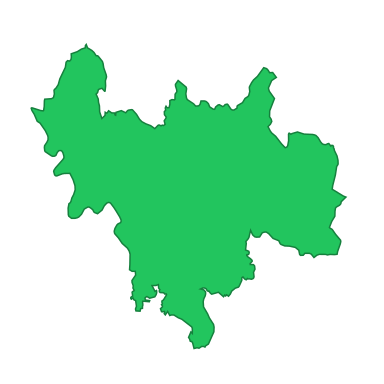 outline of Thai Nguyen, Thái Nguyên, Vietnam, rotated 175°
{"feature_id": "81297802B43105107768719", "entity_name": "Thai Nguyen", "entity_type": "district", "adm_level": 2, "iso_a3": "VNM", "parent_name": "Vietnam", "parent_adm1": "Thái Nguyên", "projection": "equal_earth", "projection_center": [105.819, 21.567], "detail": "fine", "context": "isolated", "style": "filled", "palette": "green", "viewbox_px": 384, "rotation_deg": 175, "n_neighbors": 0, "source": "geoboundaries", "source_scale": "gbopen_adm2", "svg_char_len": 5977}
<svg xmlns="http://www.w3.org/2000/svg" viewBox="0 0 384 384"><g transform="rotate(175 192 192)"><path d="M39.1,173.5L41.5,174.7L52.1,182.5L51.2,186.3L47.7,196.4L45.7,204.7L44.2,206.7L44.0,207.4L43.8,210.8L44.4,215.3L46.5,220.9L46.7,222.7L47.2,223.7L47.1,225.2L47.7,226.1L48.8,226.3L49.7,225.7L51.5,228.4L52.8,228.2L54.5,227.5L56.5,227.8L58.0,228.6L59.4,230.5L61.7,235.2L63.6,237.5L64.7,238.1L66.8,238.8L75.3,239.9L81.7,242.6L87.3,241.5L88.5,240.9L89.8,242.1L90.3,242.1L90.8,241.2L91.3,234.7L92.6,229.8L93.6,228.5L95.3,228.0L98.6,232.1L103.8,240.2L107.5,243.9L108.8,246.1L110.6,250.5L108.0,252.7L106.4,255.3L106.8,257.6L108.2,260.2L107.5,266.1L101.7,277.9L106.2,285.6L106.7,287.9L106.7,289.2L102.9,296.1L98.0,298.8L101.2,304.0L104.3,304.1L105.5,306.6L106.9,308.4L109.7,309.6L116.7,301.5L121.0,298.2L123.1,295.7L125.5,292.0L125.8,291.0L125.7,287.0L127.0,283.4L127.8,282.3L131.0,280.6L133.9,276.6L139.2,274.1L139.6,273.5L139.9,271.6L143.1,270.0L144.7,270.2L145.9,271.0L148.6,275.9L149.3,276.5L151.4,276.2L152.6,275.0L153.9,274.4L157.2,276.6L158.5,276.4L161.1,274.6L162.1,272.6L162.6,272.4L163.8,272.8L167.0,275.3L167.9,278.4L168.9,279.8L170.3,281.1L171.7,281.6L175.1,281.9L176.3,278.7L177.3,277.6L178.2,277.2L180.9,277.3L182.7,279.7L188.7,284.5L189.3,286.2L189.6,290.3L188.4,295.3L188.7,297.0L196.1,304.3L199.1,300.7L199.2,299.1L198.4,295.4L198.3,293.3L200.3,290.9L200.9,285.8L201.5,285.3L203.9,285.8L206.1,285.0L206.4,281.3L207.5,278.1L209.0,278.0L209.8,278.6L210.4,279.7L211.0,278.7L211.3,277.9L211.1,275.9L212.6,274.4L212.7,271.4L211.3,269.1L211.3,268.5L211.7,267.6L213.5,265.3L212.9,261.7L214.6,260.7L215.8,261.2L217.1,260.6L218.5,261.5L219.3,261.6L220.0,261.4L223.5,258.4L227.4,261.7L232.0,263.9L235.8,266.4L238.0,269.1L240.5,274.2L244.1,279.0L244.8,279.3L248.1,279.1L249.1,278.7L251.1,276.7L255.3,279.2L260.8,278.0L261.4,275.1L261.9,275.4L262.4,277.5L265.1,277.8L268.0,280.2L269.5,278.3L270.2,278.0L271.5,279.0L272.0,275.8L275.4,273.1L277.0,279.9L276.7,285.9L277.3,289.4L277.3,292.8L279.0,297.9L277.4,299.2L276.4,302.0L275.4,302.6L272.6,303.1L270.3,300.0L269.8,300.1L268.8,305.2L268.6,310.3L267.1,314.1L267.3,316.3L269.1,323.4L269.4,327.8L269.9,329.9L273.5,335.3L274.1,335.9L275.6,336.1L277.5,339.6L279.5,341.8L283.5,344.7L284.5,348.2L285.4,347.2L285.8,344.9L289.7,344.0L294.0,341.8L300.3,340.2L300.4,336.9L301.0,334.5L302.5,333.1L304.5,333.7L306.1,332.3L307.3,327.2L313.8,316.2L315.9,310.6L318.3,307.5L320.1,306.1L320.6,305.3L320.6,301.6L321.8,298.1L323.8,297.2L330.6,297.3L331.1,295.8L331.8,289.9L332.7,286.2L333.2,285.8L335.6,286.3L343.5,289.6L344.4,289.8L344.9,289.5L344.3,287.0L342.4,283.2L340.0,275.9L337.3,273.8L332.8,265.9L330.8,260.7L330.6,259.1L330.9,256.5L332.3,254.1L334.8,251.0L335.2,249.1L335.1,245.9L334.7,245.0L328.8,240.2L327.6,239.7L325.7,239.7L324.4,240.3L322.8,243.1L321.1,244.8L318.9,244.7L318.2,244.3L317.2,242.4L316.5,238.9L316.6,237.2L317.9,235.5L325.8,228.0L327.6,225.7L328.0,224.6L327.4,221.1L326.6,220.1L325.3,219.8L319.7,221.4L317.3,221.6L312.0,221.2L309.4,214.7L308.0,208.4L308.2,204.3L310.1,199.8L312.2,196.5L313.5,193.0L314.3,191.9L315.6,191.1L316.8,186.8L317.2,180.2L316.9,178.7L314.4,176.3L310.8,176.0L308.7,176.3L306.9,177.0L304.0,179.5L300.8,184.4L297.1,186.1L295.9,186.0L294.6,185.1L292.4,183.0L291.5,180.7L290.8,180.0L288.0,178.6L283.2,181.8L280.6,185.9L277.8,188.4L276.0,188.9L274.2,188.2L271.2,183.4L269.3,179.8L266.2,173.5L265.1,170.4L265.2,168.9L265.8,167.7L268.5,166.7L269.7,165.7L271.9,162.5L272.9,159.8L272.8,157.9L272.4,156.9L269.3,152.7L266.0,146.8L261.2,141.7L259.7,138.6L259.1,135.5L260.2,125.0L261.0,120.0L258.6,118.2L255.4,117.9L255.4,114.1L259.5,109.1L259.6,107.1L258.7,103.7L259.2,101.5L258.2,99.1L258.4,98.7L260.0,97.9L260.4,97.4L260.2,93.5L262.1,92.4L262.2,91.7L262.2,91.0L261.7,90.5L260.0,91.5L259.2,89.6L257.6,88.7L257.3,83.0L258.5,80.4L258.2,78.4L254.1,77.8L253.3,80.3L251.5,80.4L251.3,82.3L250.8,83.7L250.8,87.0L250.5,87.5L244.1,86.4L243.6,87.5L247.9,88.5L248.1,90.5L246.6,91.6L246.0,91.8L243.4,89.9L238.2,90.8L236.7,92.8L236.0,94.6L235.8,96.5L236.0,97.0L237.5,96.2L240.0,102.3L236.1,102.0L233.6,102.7L233.6,99.2L232.5,97.5L233.1,96.8L233.2,95.5L232.5,94.6L229.0,94.1L228.0,92.7L226.6,92.8L226.3,92.3L226.4,91.7L229.3,87.7L230.2,86.7L231.4,86.1L231.6,85.0L231.2,83.3L232.2,82.4L231.4,81.1L231.5,80.1L233.6,78.5L232.8,75.5L232.3,75.2L229.8,75.4L229.7,74.3L230.3,73.3L229.3,71.9L226.7,75.1L224.9,70.9L223.2,71.3L220.7,71.0L216.6,67.9L213.2,66.1L204.3,57.9L203.8,57.2L203.6,55.8L204.0,51.1L205.3,52.7L208.1,47.4L207.3,46.0L206.7,43.4L205.3,43.1L204.5,41.5L203.6,35.9L200.6,36.4L198.6,35.8L195.8,37.3L193.8,37.1L192.6,36.4L191.9,37.5L188.9,39.1L182.4,50.8L181.8,55.5L182.1,58.2L185.7,65.1L187.1,69.3L190.5,76.5L190.4,81.8L189.6,84.5L187.9,87.4L187.3,89.3L187.2,90.7L187.4,91.6L188.8,93.5L192.0,94.6L189.5,95.5L187.6,95.2L186.2,94.2L185.5,92.3L184.2,91.6L183.8,91.8L182.4,89.5L181.3,88.5L174.4,89.8L169.7,84.9L168.4,86.5L167.5,85.5L166.5,86.6L164.7,85.0L162.7,87.0L161.1,89.8L157.3,92.4L154.0,93.2L153.2,94.1L150.1,99.6L149.9,102.0L149.4,102.6L148.6,102.9L147.2,100.8L145.7,99.8L144.4,101.0L144.0,100.5L142.5,100.5L140.4,99.9L138.9,100.3L138.0,101.1L137.6,102.2L137.7,106.7L136.0,109.6L136.1,112.9L137.1,114.3L140.3,114.7L140.3,115.7L138.1,117.7L138.1,118.7L139.5,120.4L141.9,122.4L143.0,124.0L142.8,124.8L141.2,124.8L140.7,125.4L140.3,126.8L140.6,128.0L143.7,129.6L142.4,136.1L142.7,137.9L140.1,140.5L139.2,141.9L137.0,148.7L135.3,144.0L133.4,141.9L131.8,141.4L128.6,141.3L125.5,145.3L122.8,145.8L121.3,145.5L119.2,143.8L115.3,138.7L109.8,135.9L108.7,132.9L107.9,132.0L104.3,130.2L99.7,129.6L93.9,127.8L90.7,124.7L90.2,120.3L89.3,119.4L86.7,119.3L84.9,121.1L80.3,120.7L78.6,119.7L76.2,116.1L73.0,118.2L70.6,118.8L64.3,118.2L62.6,117.5L59.9,117.8L55.4,117.2L52.9,117.3L52.1,120.1L48.8,127.4L48.1,129.6L48.2,131.0L52.7,137.4L55.6,142.5L57.9,144.2L58.2,144.8L55.3,150.6L51.8,155.4L51.2,160.5L50.4,163.6L49.4,164.5L46.1,166.0L44.8,167.3L44.2,169.3L39.1,173.5Z" fill="#22c55e" stroke="#15803d" stroke-width="1.5"/></g></svg>